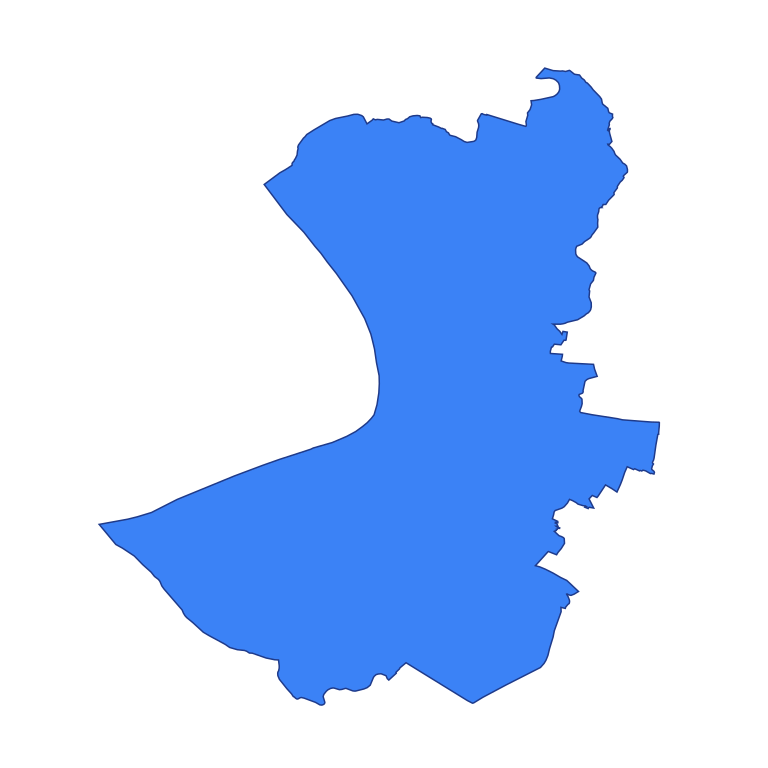 the district of Hinova, Mehedinti, Romania, rotated 3°
{"feature_id": "2599482B25696524526243", "entity_name": "Hinova", "entity_type": "district", "adm_level": 2, "iso_a3": "ROU", "parent_name": "Romania", "parent_adm1": "Mehedinti", "projection": "natural_earth1", "projection_center": [22.791, 44.546], "detail": "fine", "context": "isolated", "style": "filled", "palette": "blue", "viewbox_px": 768, "rotation_deg": 3, "n_neighbors": 0, "source": "geoboundaries", "source_scale": "gbopen_adm2", "svg_char_len": 6130}
<svg xmlns="http://www.w3.org/2000/svg" viewBox="0 0 768 768"><g transform="rotate(3 384 384)"><path d="M379.9,689.6L383.1,688.1L386.0,685.5L388.8,677.6L389.6,676.3L391.4,674.6L393.5,673.9L396.2,673.5L401.3,675.2L402.7,678.1L404.3,679.4L411.4,672.2L411.0,671.3L414.3,667.8L414.8,666.6L420.6,661.2L483.9,695.8L489.0,698.1L490.2,697.8L499.1,691.7L521.9,678.0L555.1,658.9L558.5,654.6L560.2,651.4L561.9,646.5L563.2,639.5L566.1,627.8L567.0,621.5L572.8,602.1L572.4,597.8L576.8,598.6L577.1,597.3L579.1,594.6L580.4,593.5L580.6,592.8L580.7,591.1L580.3,589.7L579.1,587.0L577.4,584.3L577.8,584.1L580.0,585.0L581.8,585.3L584.9,583.9L589.1,581.0L576.8,570.6L570.6,568.0L562.8,564.0L554.8,560.5L549.2,558.5L544.7,557.5L556.5,543.0L557.0,542.7L565.3,545.5L566.5,543.2L569.6,539.1L572.6,533.7L572.1,529.0L571.4,528.1L569.3,527.1L566.7,526.3L561.8,522.2L563.8,521.2L563.7,520.0L564.7,520.0L565.2,518.9L566.9,519.0L567.0,518.5L564.5,517.8L563.3,517.0L565.1,516.8L563.9,514.3L562.3,513.9L562.4,513.1L564.9,513.3L564.7,512.1L559.2,509.8L560.2,505.8L560.6,502.9L561.5,501.4L568.1,498.7L570.4,497.1L573.4,493.3L575.3,489.5L578.4,490.6L582.1,492.4L584.0,493.8L589.2,495.1L591.5,495.2L592.3,495.7L591.4,495.8L590.9,496.5L594.4,497.7L594.7,496.9L595.4,496.4L599.9,496.9L594.8,488.0L597.8,484.4L602.6,486.2L603.6,484.9L610.5,473.2L617.1,476.6L622.3,479.7L625.3,472.1L626.9,467.3L629.0,459.7L631.2,453.9L637.7,456.4L638.8,455.5L643.7,457.4L644.2,456.9L646.0,457.4L647.1,456.5L649.7,457.0L654.7,459.5L656.0,459.3L658.3,459.8L658.7,458.1L658.2,457.1L655.9,455.3L655.7,454.6L656.3,451.6L657.3,449.8L656.3,448.9L656.2,448.1L657.2,445.8L657.6,443.7L658.7,431.0L660.1,420.0L661.0,419.7L660.8,418.6L661.1,411.6L661.0,408.1L660.7,407.8L652.9,408.0L624.2,407.3L618.9,406.4L593.4,403.8L581.8,402.2L580.8,400.9L582.4,395.9L582.9,393.3L582.5,388.8L581.9,388.0L579.8,386.4L579.2,385.0L579.5,384.2L582.2,383.0L582.8,382.6L583.1,382.1L583.3,381.1L583.1,380.4L584.6,370.8L586.3,369.0L588.2,367.9L596.5,365.2L593.5,358.1L592.2,353.4L567.4,353.4L564.6,353.1L559.7,351.7L560.6,347.0L560.7,345.0L548.6,344.8L548.5,344.5L548.4,342.6L549.3,338.4L550.3,338.2L552.0,335.3L558.6,335.6L561.5,330.8L563.0,330.9L563.5,330.6L564.3,322.6L560.0,322.1L559.1,325.2L556.8,322.2L553.9,319.8L550.9,316.0L549.8,315.4L557.1,315.0L559.2,314.6L561.6,313.9L563.9,312.7L574.0,309.7L580.4,305.4L582.4,303.4L584.4,302.1L586.0,300.0L586.5,298.9L587.0,296.1L586.7,292.0L584.2,286.4L584.5,280.3L583.8,279.1L585.1,273.2L587.7,269.6L588.1,266.4L589.8,262.1L589.2,261.3L586.1,260.0L584.7,258.9L583.8,257.9L582.7,255.4L580.2,252.5L570.5,246.8L569.2,245.0L568.7,243.9L568.3,240.0L568.5,238.4L569.2,236.4L574.5,233.9L576.8,231.3L582.1,227.4L583.0,226.3L584.0,224.1L585.4,222.3L589.3,216.2L588.9,212.3L589.0,208.5L588.6,207.3L588.4,205.1L588.4,204.2L589.4,200.7L589.5,198.1L589.8,197.3L590.6,196.6L592.3,196.4L591.8,196.0L593.0,194.7L593.4,193.3L596.1,193.1L598.7,188.7L603.9,182.8L603.6,180.8L606.8,176.0L606.7,174.4L609.3,170.0L611.2,168.1L612.9,165.4L612.8,165.0L612.1,164.1L612.3,163.4L615.9,159.8L616.0,159.3L615.9,157.0L614.8,153.5L613.0,151.9L610.8,150.8L608.0,147.2L603.3,143.2L602.4,141.8L601.5,139.6L599.1,136.6L597.5,135.1L595.2,133.5L594.9,132.8L596.6,132.8L598.9,129.9L596.2,121.8L595.7,119.3L596.5,117.4L596.3,117.0L595.9,117.2L594.6,119.3L594.0,118.8L595.5,113.3L595.2,112.0L595.7,109.9L597.9,107.3L598.6,106.0L598.1,104.7L598.1,102.5L594.8,101.4L594.0,100.2L593.1,97.0L587.8,93.1L587.2,91.8L586.3,88.1L584.4,85.7L577.4,79.2L575.3,76.6L571.3,72.8L569.9,72.3L568.1,69.9L565.4,68.1L563.1,65.2L558.0,64.7L553.4,61.4L552.7,61.1L549.0,62.4L545.9,62.0L544.0,62.3L536.5,62.2L528.0,60.1L519.9,69.8L520.1,70.5L524.9,70.8L533.1,69.7L537.1,70.3L539.8,71.6L542.2,73.7L542.8,74.7L543.6,76.8L544.0,80.3L543.6,82.2L543.0,83.6L541.4,85.7L539.3,87.4L537.8,88.2L525.9,91.5L518.6,93.1L516.0,93.4L516.8,97.5L515.5,102.3L513.1,105.8L513.5,108.1L512.0,114.4L512.6,117.8L512.5,118.8L512.0,119.3L504.6,117.6L472.6,109.5L472.5,110.1L469.4,109.6L467.9,108.9L467.0,109.1L463.6,115.9L463.7,116.7L464.8,119.1L465.1,121.0L465.0,122.9L463.8,127.7L463.7,132.8L463.0,135.4L461.6,136.7L460.5,137.1L454.3,138.4L451.3,137.6L448.5,136.0L442.6,133.3L437.1,132.2L436.4,131.7L435.2,129.8L433.2,128.8L431.8,126.6L428.6,125.6L428.1,125.8L425.2,124.5L419.0,122.5L419.2,121.8L418.1,121.1L417.5,120.2L417.2,119.0L417.5,117.3L417.3,116.8L416.2,116.1L413.2,115.6L408.3,115.6L406.6,116.0L405.8,114.3L403.1,114.1L398.9,114.7L395.7,115.8L393.6,117.8L391.7,118.7L390.3,120.3L385.3,122.3L378.0,121.0L375.1,119.1L373.2,119.2L369.7,120.4L363.6,120.1L361.5,120.6L359.4,119.8L358.3,121.2L353.4,125.1L349.4,118.3L347.7,117.1L343.7,116.0L339.8,116.3L333.6,118.3L321.6,121.4L316.0,123.8L300.6,134.0L293.8,138.9L292.2,141.2L290.7,142.7L286.1,149.8L285.5,151.9L285.9,153.5L285.4,155.9L285.2,159.9L283.7,163.5L282.9,164.7L282.4,166.2L281.3,167.4L280.7,168.4L280.7,170.5L274.2,175.2L269.0,178.5L253.9,191.0L278.1,219.8L296.0,236.6L307.8,250.1L314.2,256.8L320.9,265.1L330.6,276.1L347.4,297.5L361.3,319.7L368.2,334.7L369.8,339.8L372.7,349.6L375.4,363.1L378.7,376.0L379.3,384.0L379.3,393.1L378.1,405.0L375.7,415.3L373.2,418.9L369.3,423.5L364.8,427.6L358.3,432.9L349.6,438.2L335.3,445.2L316.7,451.6L314.2,453.0L283.7,464.7L267.5,471.4L239.1,483.8L183.5,510.1L158.5,524.5L144.7,529.5L135.2,532.4L106.9,539.1L124.6,558.3L131.4,561.6L143.6,568.8L152.5,577.0L161.3,584.1L164.9,588.2L169.0,591.0L170.6,592.9L172.7,597.3L175.0,600.2L194.2,620.2L195.7,623.3L197.4,625.8L199.2,627.6L205.6,632.3L216.6,641.4L222.8,644.6L238.8,652.2L243.7,655.2L251.4,657.0L258.7,657.4L260.9,658.1L263.6,659.7L266.5,659.7L280.6,663.8L289.3,665.1L293.1,665.1L294.1,670.8L294.2,673.2L293.8,675.8L293.1,677.3L293.0,678.7L293.3,680.9L295.0,684.4L303.1,693.5L307.9,698.3L309.7,700.8L311.0,701.4L312.1,702.4L313.4,703.1L314.4,703.1L316.7,701.7L317.9,701.4L320.7,701.9L332.2,705.5L336.8,707.8L338.8,707.9L340.4,707.2L341.1,706.6L341.5,705.8L341.6,705.0L339.6,699.4L340.1,697.2L342.4,693.9L343.9,692.4L346.6,690.8L349.0,690.2L350.2,690.3L355.5,691.6L357.9,691.2L361.3,690.0L362.2,690.0L368.9,692.1L370.6,692.2L371.8,692.1L379.9,689.6Z" fill="#3b82f6" stroke="#1e3a8a" stroke-width="1.5"/></g></svg>